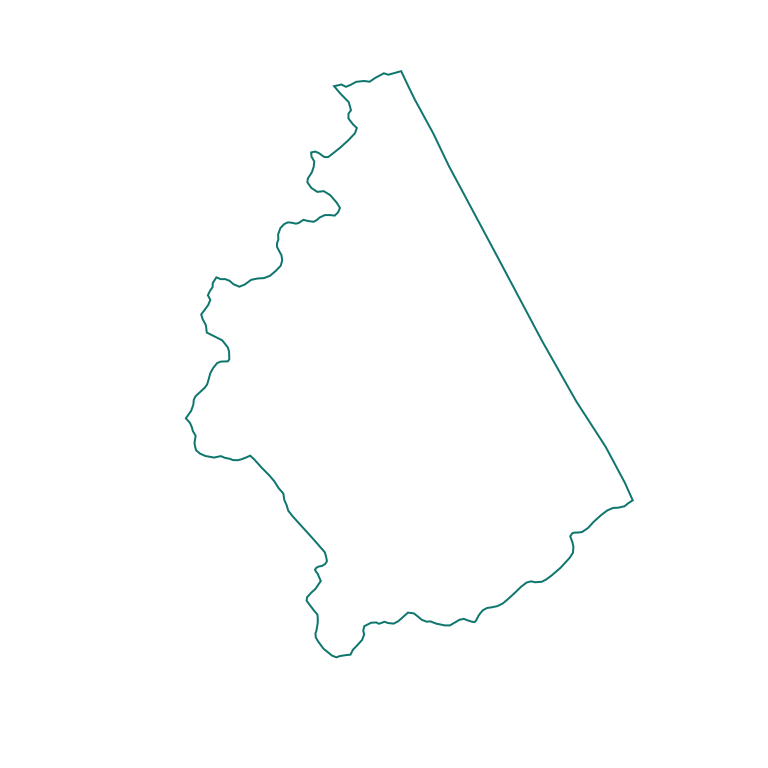 the district of HaSharon, HaMerkaz, Israel, rotated 138°
{"feature_id": "584046B61571705909900", "entity_name": "HaSharon", "entity_type": "district", "adm_level": 2, "iso_a3": "ISR", "parent_name": "Israel", "parent_adm1": "HaMerkaz", "projection": "natural_earth1", "projection_center": [34.955, 32.299], "detail": "fine", "context": "isolated", "style": "outline", "palette": "teal", "viewbox_px": 768, "rotation_deg": 138, "n_neighbors": 0, "source": "geoboundaries", "source_scale": "gbopen_adm2", "svg_char_len": 3154}
<svg xmlns="http://www.w3.org/2000/svg" viewBox="0 0 768 768"><g transform="rotate(138 384 384)"><path d="M221.8,638.7L222.1,629.0L221.6,617.0L225.4,609.5L229.5,608.7L232.8,605.0L233.3,597.5L232.9,592.4L237.8,589.8L247.6,589.0L258.3,589.0L267.3,589.5L273.7,590.0L276.5,592.6L277.8,598.8L279.5,602.7L283.2,604.8L285.8,601.4L286.9,596.0L291.0,592.4L295.9,589.6L303.0,587.7L306.0,585.2L306.8,578.2L305.0,571.4L299.7,567.6L297.6,560.3L297.8,550.5L298.9,544.3L303.3,542.3L307.9,542.1L311.3,545.9L315.1,549.2L320.5,550.8L324.2,550.8L327.7,551.6L331.6,556.2L334.0,559.9L339.5,560.7L342.2,562.1L344.4,565.3L347.2,568.4L351.1,569.6L356.7,569.2L362.6,566.0L365.8,562.1L369.1,560.3L371.6,557.8L373.0,552.8L374.0,548.3L377.0,543.9L381.7,541.0L388.8,540.5L396.3,540.7L402.3,543.0L407.2,546.9L413.0,550.3L420.9,551.1L426.4,553.1L429.1,558.8L429.7,564.0L431.9,568.3L435.2,571.2L437.2,575.4L443.8,573.6L446.5,570.7L450.8,569.7L455.5,567.8L456.8,562.7L461.9,560.3L467.8,559.1L473.3,558.0L475.3,553.7L477.1,546.7L481.3,540.8L478.5,533.7L475.0,524.7L475.6,515.7L477.4,511.8L482.4,505.9L484.8,505.3L490.4,509.9L493.9,511.2L500.3,510.2L506.0,508.2L510.7,505.1L515.8,502.0L519.4,501.2L532.4,501.0L536.1,499.4L539.5,496.2L545.3,493.1L554.2,491.1L554.2,490.7L554.2,485.0L555.7,480.5L557.5,477.0L558.6,471.6L564.4,466.9L566.6,463.3L568.0,460.4L567.3,455.4L564.9,450.0L562.3,446.7L559.6,443.1L553.5,439.6L551.6,435.5L548.7,431.7L547.1,428.4L543.5,425.1L539.8,423.2L535.2,421.5L531.4,420.3L530.9,415.1L530.9,403.2L530.4,392.7L530.6,385.3L532.0,376.9L532.1,370.0L535.6,364.7L537.5,359.0L539.9,354.0L540.4,347.5L540.4,338.5L540.3,316.8L540.6,298.4L543.1,293.5L545.0,290.5L548.0,289.6L551.8,290.3L554.8,292.1L557.2,292.7L559.5,292.2L560.1,290.3L560.3,287.0L561.1,285.0L562.8,279.9L572.2,277.6L577.8,277.6L583.9,277.0L586.5,274.8L586.9,270.9L587.6,262.6L587.7,257.4L589.2,255.2L592.9,251.0L597.0,247.7L599.3,245.9L601.9,244.5L604.3,241.2L605.2,236.9L606.1,227.8L604.3,216.7L602.2,212.7L598.9,211.4L594.3,208.4L590.0,205.3L584.9,207.3L577.8,207.8L571.4,208.5L566.3,211.2L564.4,214.7L560.7,217.2L553.3,215.2L549.3,212.0L548.2,209.2L546.6,208.5L542.7,207.0L540.9,203.6L537.2,199.5L532.3,198.2L525.8,198.1L519.2,198.1L515.3,193.6L514.5,189.2L513.7,183.5L511.4,178.9L508.4,176.6L505.6,171.1L503.7,168.5L500.4,164.0L496.5,160.5L489.8,159.1L485.7,158.3L481.8,156.0L479.7,151.9L477.9,148.8L476.4,146.7L474.5,146.4L468.9,148.5L465.3,149.3L461.8,149.7L457.1,148.5L454.1,146.4L448.4,143.1L442.5,141.4L435.3,141.2L425.4,141.3L417.3,141.6L410.8,141.0L406.7,138.9L404.3,135.5L399.0,131.4L394.3,130.2L388.0,129.6L375.8,129.3L362.3,130.6L356.5,132.2L352.1,136.3L349.8,140.6L347.5,146.2L343.9,147.1L341.8,146.1L339.8,144.2L335.9,141.5L333.1,141.1L329.0,140.5L326.3,140.7L320.4,141.3L315.1,141.3L309.9,141.3L302.5,140.6L296.7,138.6L292.5,135.2L287.0,132.2L282.6,132.0L277.0,131.1L271.1,149.4L261.3,189.1L252.8,242.1L237.7,310.3L214.5,403.0L195.7,479.1L189.9,502.7L179.7,537.3L170.8,574.7L166.3,590.4L161.9,605.0L173.8,610.9L176.2,615.0L185.6,617.3L192.5,618.3L195.9,622.4L202.5,627.2L208.9,628.7L213.4,630.3L215.3,635.1L219.0,637.1L221.8,638.7Z" fill="none" stroke="#0f766e" stroke-width="2"/></g></svg>